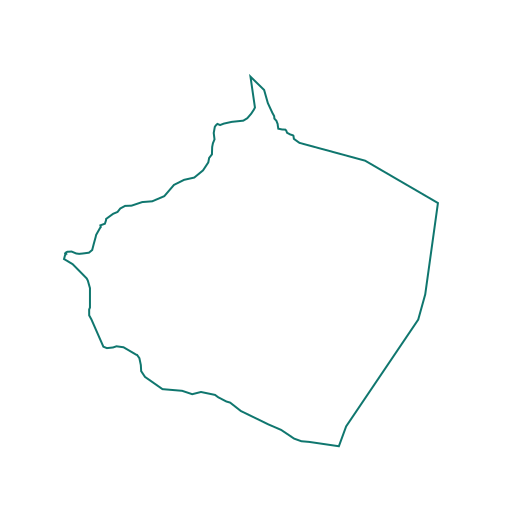 the district of Chiquihuitlán de Benito Juárez, Oaxaca, Mexico, rotated 205°
{"feature_id": "50627088B93670020646258", "entity_name": "Chiquihuitlán de Benito Juárez", "entity_type": "district", "adm_level": 2, "iso_a3": "MEX", "parent_name": "Mexico", "parent_adm1": "Oaxaca", "projection": "mercator", "projection_center": [-96.732, 17.989], "detail": "fine", "context": "isolated", "style": "outline", "palette": "teal", "viewbox_px": 512, "rotation_deg": 205, "n_neighbors": 0, "source": "geoboundaries", "source_scale": "gbopen_adm2", "svg_char_len": 1590}
<svg xmlns="http://www.w3.org/2000/svg" viewBox="0 0 512 512"><g transform="rotate(205 256 256)"><path d="M378.3,128.9L356.0,109.3L352.2,109.5L346.9,112.7L344.3,115.2L337.5,117.3L322.7,115.9L322.0,116.1L318.5,114.1L314.3,108.5L311.4,103.1L305.5,99.5L284.5,95.8L266.0,102.6L255.4,103.8L248.4,109.5L234.4,112.8L230.6,112.0L221.4,111.6L217.5,112.2L204.2,109.1L191.2,108.9L173.8,108.6L159.7,109.0L144.3,106.6L136.6,107.3L129.2,110.0L121.2,112.4L100.5,118.6L102.3,139.7L82.1,266.9L86.4,292.7L113.5,380.9L197.4,388.5L264.4,376.9L264.8,377.0L265.0,377.0L268.2,377.6L271.2,378.2L272.8,380.7L273.6,381.0L276.4,380.6L277.8,380.7L279.9,380.8L281.7,382.5L282.9,382.9L285.8,381.7L289.6,380.8L291.6,383.8L292.1,384.7L294.7,387.2L297.4,388.3L298.7,390.5L301.6,392.6L309.9,399.6L318.8,409.9L336.8,416.2L319.7,390.1L319.8,387.6L320.5,382.9L322.1,377.2L324.7,373.3L334.7,367.3L341.1,362.4L343.9,359.5L346.8,359.4L347.6,357.4L347.9,355.6L346.3,349.6L342.9,344.2L342.8,342.4L342.7,340.0L341.8,336.3L338.9,329.5L339.9,325.1L338.8,320.6L340.2,311.2L345.1,301.0L353.4,294.6L360.4,285.8L364.4,271.5L373.2,261.7L381.9,256.8L390.1,249.0L395.8,246.1L399.1,241.7L400.1,237.4L403.3,233.9L407.5,226.3L407.0,224.9L406.6,221.4L410.0,218.0L408.9,216.6L409.2,215.4L409.8,207.6L409.3,205.2L408.2,198.7L407.0,192.2L408.8,188.4L414.3,184.9L417.2,183.2L420.0,182.3L425.0,182.1L428.8,180.1L429.8,178.7L429.0,177.9L429.9,177.4L429.2,176.6L429.4,176.0L428.7,172.1L418.7,171.1L403.1,165.3L399.9,164.1L397.9,162.5L392.9,156.7L384.7,139.1L384.6,137.0L382.1,131.7L378.3,128.9Z" fill="none" stroke="#0f766e" stroke-width="2"/></g></svg>